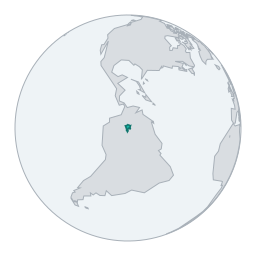 Vaupés on an orthographic globe, rotated 36°
{"feature_id": "COL-1426", "entity_name": "Vaupés", "entity_type": "Commissiary", "adm_level": 1, "iso_a3": "COL", "parent_name": "Colombia", "parent_adm1": "", "projection": "orthographic", "projection_center": [-70.34, 0.431], "detail": "fine", "context": "on_globe", "style": "filled", "palette": "teal", "viewbox_px": 256, "rotation_deg": 36, "n_neighbors": 0, "source": "natural_earth", "source_scale": "10m", "svg_char_len": 8419}
<svg xmlns="http://www.w3.org/2000/svg" viewBox="0 0 256 256"><g transform="rotate(36 128 128)"><circle cx="128" cy="128" r="113" fill="#eef3f6" stroke="#a8b0b8"/><path d="M65.4,34.4L67.7,32.9L69.9,31.6L69.5,31.7L78.0,27.1L80.0,26.1L89.6,22.1L92.1,21.3L90.9,23.0L96.2,22.0L101.0,24.3L102.9,23.3L105.9,24.1L109.1,23.4L109.1,24.4L111.7,23.1L111.1,22.4L112.1,21.6L113.9,21.3L114.2,22.3L113.3,22.6L114.4,22.8L113.7,23.5L115.1,22.9L115.2,24.5L117.9,22.5L120.3,23.4L119.6,24.6L116.1,25.0L105.8,30.0L104.0,31.9L105.1,33.9L114.7,36.0L114.2,38.2L116.3,40.7L118.2,39.1L117.3,36.6L121.3,34.5L119.7,32.1L121.1,31.0L120.9,28.6L124.8,28.5L128.7,29.8L129.1,31.9L130.8,32.7L133.6,30.5L137.3,34.7L145.0,38.2L145.5,39.6L140.9,41.9L133.0,42.0L127.0,46.4L134.8,43.2L136.0,47.2L137.8,47.9L140.0,47.7L141.1,46.2L142.3,47.7L135.1,51.0L133.9,49.7L136.2,48.5L132.4,48.8L127.6,51.7L128.6,53.8L120.1,57.0L120.7,58.7L119.2,60.5L118.9,57.5L119.4,63.2L109.7,70.0L110.2,80.8L105.4,72.5L101.1,71.7L95.9,72.1L95.9,73.8L89.0,72.8L82.5,76.9L79.9,85.7L82.0,92.4L89.7,92.3L92.1,88.4L97.9,87.4L93.5,97.9L103.4,99.1L102.3,107.1L105.1,111.2L110.2,110.0L115.4,111.9L119.2,107.2L125.3,104.6L125.4,111.1L128.8,105.1L132.1,108.2L144.3,107.9L143.3,109.4L153.6,117.1L164.6,120.5L167.2,125.4L165.9,128.4L169.7,129.2L169.7,131.2L184.9,134.4L192.5,139.4L192.1,146.3L185.6,154.2L179.3,170.8L167.4,176.1L164.1,182.7L154.5,192.3L147.3,191.5L149.1,196.3L144.9,199.1L140.2,199.3L139.2,202.6L135.7,202.6L137.9,204.8L132.2,209.0L133.7,212.4L129.5,215.7L130.6,217.7L129.1,217.6L127.4,218.3L127.2,219.4L122.5,217.6L121.2,213.1L122.9,210.9L120.9,210.5L124.5,204.6L122.3,205.8L122.9,196.7L126.2,189.1L128.3,166.9L125.9,162.4L117.2,157.3L106.8,140.9L109.6,134.1L107.3,130.9L114.7,121.3L112.8,112.5L110.2,111.3L107.5,114.7L98.7,109.4L95.7,102.9L69.5,93.3L67.0,90.2L67.4,85.0L61.0,69.2L62.7,84.3L59.8,81.4L57.8,76.1L59.5,74.7L59.0,67.1L56.7,64.5L58.5,55.5L67.0,44.4L67.4,45.8L69.4,43.3L69.0,41.5L68.3,41.0L74.7,32.5L74.6,29.7L70.9,31.4L74.7,29.3L65.0,34.6L64.1,35.3L65.4,34.4ZM21.8,91.5L22.7,89.0L22.3,90.5L21.8,91.5ZM23.1,87.7L22.8,88.5L23.0,87.8L23.1,87.7ZM23.1,87.3L23.1,87.6L23.1,87.3ZM109.5,84.6L120.9,89.7L114.3,90.5L115.6,89.5L112.7,87.3L107.4,85.4L101.6,86.8L109.5,84.6ZM23.5,86.0L23.6,85.7L23.7,85.4L23.5,86.0ZM114.9,78.4L112.9,78.0L114.9,77.9L114.9,78.4ZM67.6,41.0L68.8,41.7L68.3,44.0L67.0,43.5L67.6,41.0ZM68.9,37.3L70.0,37.0L67.7,39.3L67.7,38.7L68.9,37.3ZM67.7,33.1L68.2,33.0L67.0,33.6L67.7,33.1ZM118.8,28.9L119.8,28.8L119.3,29.3L118.8,28.9ZM117.7,28.1L116.4,28.8L115.7,28.5L116.5,28.1L117.7,28.1ZM119.5,27.4L114.6,28.0L113.4,27.5L115.6,25.6L119.5,27.4ZM110.1,22.3L110.8,23.0L108.5,22.8L110.1,22.3ZM108.4,22.4L99.9,23.4L99.8,22.4L102.6,22.1L101.1,21.3L105.2,20.3L107.0,20.5L106.2,21.3L108.4,20.3L108.4,22.4ZM112.3,21.3L110.6,21.5L110.3,20.6L113.7,20.1L112.7,20.5L112.3,21.3ZM98.7,21.7L99.1,21.1L102.5,20.0L103.2,19.7L105.3,20.2L98.7,21.7ZM113.7,20.5L115.4,19.9L117.2,20.0L113.9,21.1L113.7,20.5ZM108.8,20.6L108.9,20.2L110.0,20.2L108.8,20.6ZM124.6,20.6L122.5,20.6L122.2,20.1L124.6,20.6ZM115.9,19.6L115.3,19.6L114.9,19.4L116.4,19.1L115.9,19.6ZM107.6,19.5L108.9,19.3L106.9,19.2L109.4,18.6L110.3,19.1L111.0,18.7L111.7,18.5L111.7,19.1L107.6,19.5ZM116.9,18.3L119.0,19.1L122.8,19.1L123.2,19.5L116.9,19.5L116.9,18.3ZM113.8,18.7L115.8,18.5L115.2,19.0L113.6,19.4L113.8,18.7ZM110.7,18.1L106.6,18.9L110.7,18.1ZM118.1,18.2L117.6,18.1L118.4,18.1L118.1,18.2ZM113.1,18.0L111.7,18.2L113.1,18.0ZM117.7,17.6L118.4,17.8L117.2,18.0L117.7,17.6ZM115.7,17.7L116.0,17.4L116.4,18.0L115.0,17.8L115.7,17.7ZM113.3,17.8L112.8,17.8L113.9,17.7L113.3,17.8ZM121.6,16.8L122.4,17.5L120.0,17.9L119.4,17.2L121.6,16.8ZM130.4,221.4L122.9,218.3L127.1,219.7L130.0,218.0L134.0,220.4L130.4,221.4ZM139.1,217.1L142.5,216.2L143.3,216.7L141.1,217.5L139.1,217.1ZM214.9,56.3L214.0,55.2L212.1,53.0L206.1,47.4L208.3,49.7L214.1,55.4L213.6,55.0L216.6,58.7L214.0,55.6L207.1,49.4L206.9,51.3L211.9,61.0L210.6,62.2L207.1,60.7L200.0,51.4L203.6,49.9L201.1,47.2L195.8,43.6L197.4,43.7L195.6,42.2L196.6,41.7L193.4,38.1L193.6,37.5L188.0,33.5L187.4,32.8L190.9,35.3L193.4,36.9L193.5,36.4L193.1,36.0L200.9,42.1L208.2,48.9L214.9,56.3ZM176.8,26.5L179.6,27.9L182.0,29.2L184.2,30.4L190.7,34.5L191.6,35.4L184.5,31.0L185.0,32.0L179.2,28.7L166.9,22.3L166.3,22.1L176.8,26.5ZM221.2,191.2L223.8,187.1L228.0,179.4L234.8,160.4L237.6,151.6L238.7,144.9L238.6,130.3L238.8,122.1L238.1,118.8L237.1,119.8L236.0,115.9L235.1,116.0L227.5,119.8L223.5,115.0L214.7,99.9L214.8,93.5L211.9,86.5L210.4,62.5L213.5,63.4L216.1,59.8L217.1,60.5L220.4,65.5L225.3,71.2L224.4,69.7L228.3,76.7L231.7,84.0L234.6,91.5L236.9,99.2L238.7,107.0L239.9,114.9L240.5,122.9L240.6,130.9L240.1,138.9L239.0,146.9L237.4,154.7L235.2,162.5L232.5,170.0L229.3,177.3L225.5,184.4L221.2,191.2ZM214.8,74.0L215.8,76.1L214.8,74.0ZM144.7,107.8L146.1,109.1L144.2,109.1L144.7,107.8ZM113.4,93.1L115.8,93.2L117.1,94.2L115.2,94.6L113.4,93.1ZM134.0,93.0L136.9,93.6L133.9,94.1L134.0,93.0ZM122.7,90.4L131.8,92.9L126.0,94.8L120.3,93.4L124.3,92.7L122.7,90.4ZM113.6,81.9L115.1,82.3L114.6,83.5L113.6,81.9ZM116.3,78.3L115.7,78.4L115.0,77.5L116.3,78.3ZM136.4,47.0L137.0,46.8L139.2,47.0L138.2,47.6L136.4,47.0ZM149.3,44.2L151.0,46.6L149.0,45.2L147.8,46.3L142.3,45.0L145.5,40.2L145.0,42.5L149.3,44.2ZM135.8,42.3L138.9,43.4L135.4,42.4L135.8,42.3ZM185.3,35.8L187.0,36.4L188.9,38.1L188.5,39.7L185.9,37.3L185.3,35.8ZM189.1,37.1L182.2,32.9L182.1,32.0L183.3,33.1L184.0,33.0L186.1,34.8L192.9,38.5L194.9,40.3L193.2,41.7L192.6,40.1L190.9,39.5L189.1,37.1ZM164.5,26.7L161.5,25.7L165.2,24.9L167.6,26.0L167.4,27.4L164.5,27.0L164.5,26.7ZM124.3,24.3L122.9,24.6L122.8,24.2L124.0,23.7L124.3,24.3ZM123.6,20.7L130.4,23.0L129.1,23.4L134.5,24.8L133.3,26.3L129.8,25.2L133.0,27.7L129.4,27.4L131.9,29.0L124.2,26.5L121.1,26.6L125.0,25.9L126.2,24.4L125.8,23.8L122.3,22.3L116.1,22.2L116.3,21.0L118.1,20.2L119.6,20.1L119.0,20.8L121.5,20.1L121.7,21.1L123.6,20.7ZM138.8,16.3L137.5,16.5L142.5,16.7L142.8,17.1L143.3,17.1L145.0,17.6L148.0,18.4L147.6,18.5L148.9,18.8L150.0,19.3L151.7,19.7L151.6,20.3L153.6,20.9L152.4,20.9L156.0,21.9L153.3,21.4L154.5,22.2L156.4,22.3L151.8,25.8L151.9,28.3L153.5,30.7L148.6,30.0L144.0,27.4L140.3,24.5L140.9,22.5L138.6,22.7L138.2,21.9L140.2,22.0L136.9,21.3L137.1,20.8L133.7,19.1L128.9,18.9L127.5,18.4L129.5,18.3L126.8,18.0L129.7,17.4L128.8,17.2L130.7,16.6L135.1,16.7L133.8,16.4L135.2,16.1L138.8,16.3ZM122.2,16.6L127.4,16.2L130.1,16.4L125.6,17.5L126.0,17.8L123.2,18.8L119.4,18.7L120.5,18.4L120.7,18.0L121.9,18.2L121.1,17.8L122.7,17.5L122.6,17.1L124.3,17.1L122.2,16.6ZM215.9,58.5L216.2,58.7L216.3,58.3L218.1,60.9L215.9,58.5ZM211.4,54.3L211.3,53.9L214.0,57.0L213.7,57.0L211.4,54.3ZM209.0,51.3L211.1,53.7L209.8,52.4L209.0,51.3ZM190.6,34.9L190.3,34.6L191.2,35.1L192.4,36.0L190.6,34.9ZM153.7,18.3L152.5,18.1L151.8,17.9L148.0,17.2L147.4,17.1L149.6,17.4L153.7,18.3ZM151.7,17.9L150.9,17.7L151.1,17.7L151.7,17.9ZM147.1,17.0L146.9,17.0L146.9,16.9L146.9,17.0L147.1,17.0Z" fill="#d9dde1" stroke="#a8b0b8" stroke-width="1"/><path d="M129.0,125.5L129.0,126.8L129.1,126.7L129.2,126.8L129.4,126.7L129.5,126.7L129.5,126.8L129.8,126.8L129.9,126.7L130.0,126.8L130.2,127.0L130.3,127.1L130.3,127.3L130.3,127.5L130.2,127.6L129.9,127.6L129.8,127.4L129.7,127.4L129.5,127.5L129.4,127.5L129.2,127.6L128.8,127.7L128.7,127.7L128.5,128.9L128.5,129.1L128.6,129.3L128.8,129.4L128.8,129.5L129.0,129.5L129.3,129.8L129.4,130.0L129.5,130.1L129.4,130.3L129.5,130.4L129.5,130.5L129.7,130.8L129.8,130.8L129.8,131.0L129.8,131.3L129.7,131.2L129.4,131.1L129.4,130.9L129.2,130.8L128.9,130.9L128.8,130.7L128.7,130.7L128.4,130.8L128.5,130.8L128.5,131.0L128.4,131.0L128.3,130.9L128.3,130.7L128.2,130.8L128.1,130.7L128.3,130.5L128.2,130.5L128.1,130.4L128.2,130.2L128.2,129.9L128.2,129.7L128.3,129.7L128.2,129.7L128.0,129.8L127.9,129.8L127.8,129.7L127.7,129.6L127.4,129.5L127.3,129.4L127.2,129.4L127.1,129.5L126.9,129.4L126.9,129.2L126.8,128.9L126.7,128.8L126.4,128.8L126.4,128.7L126.2,128.7L125.9,128.5L125.7,128.5L125.5,128.4L125.3,128.3L125.3,128.2L125.2,128.2L124.9,127.9L124.8,127.7L124.7,127.7L125.0,127.2L125.2,126.9L125.3,126.9L125.5,126.8L125.5,126.7L125.6,126.4L125.7,126.1L125.8,126.0L125.8,125.9L125.9,125.7L125.9,125.4L126.0,125.4L126.0,125.5L126.3,125.5L126.4,125.4L126.6,125.3L126.7,125.2L126.8,125.2L127.1,125.1L127.3,125.1L127.6,125.0L127.8,125.0L127.8,124.9L128.0,124.9L128.3,124.9L128.5,124.7L128.5,124.8L128.4,124.9L128.4,125.1L128.6,125.3L128.8,125.4L128.9,125.5L129.0,125.5L129.0,125.5Z" fill="#14b8a6" stroke="#0f766e" stroke-width="1.5"/></g></svg>